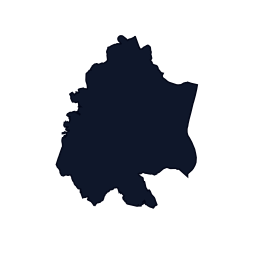 the district of Simian, Mehedinti, Romania, rotated 235°
{"feature_id": "2599482B5228411789707", "entity_name": "Simian", "entity_type": "district", "adm_level": 2, "iso_a3": "ROU", "parent_name": "Romania", "parent_adm1": "Mehedinti", "projection": "albers", "projection_center": [22.742, 44.63], "detail": "fine", "context": "isolated", "style": "filled", "palette": "ink", "viewbox_px": 256, "rotation_deg": 235, "n_neighbors": 0, "source": "geoboundaries", "source_scale": "gbopen_adm2", "svg_char_len": 5736}
<svg xmlns="http://www.w3.org/2000/svg" viewBox="0 0 256 256"><g transform="rotate(235 128 128)"><path d="M203.3,167.2L203.2,166.7L203.4,166.0L204.1,164.8L204.8,161.1L204.7,160.0L205.4,157.8L204.7,157.3L203.0,154.7L202.2,154.1L200.4,153.5L199.5,152.6L196.1,150.8L195.5,150.4L195.1,149.7L194.8,149.0L194.7,148.2L194.8,145.7L195.0,144.8L195.4,144.3L195.9,144.1L196.1,143.7L196.5,141.6L197.0,140.3L197.6,139.6L198.3,139.5L198.6,139.2L198.9,138.3L199.3,137.4L199.4,137.1L199.1,134.3L198.7,134.3L198.6,133.7L198.2,132.4L197.5,131.0L196.8,130.8L197.3,129.3L196.5,126.6L196.6,126.1L196.5,125.2L196.2,124.8L191.3,121.1L189.9,120.4L188.4,120.0L186.3,119.2L184.2,118.0L184.0,117.8L183.4,116.6L183.4,116.4L183.6,116.2L184.3,115.8L185.1,114.6L186.0,114.4L186.3,114.2L186.7,113.0L187.2,112.1L187.9,110.2L187.9,109.5L185.5,108.5L185.3,108.2L185.4,107.3L185.8,106.6L186.2,106.6L186.5,106.8L186.7,106.5L187.0,106.4L187.2,106.1L186.3,105.7L186.1,105.5L186.1,105.1L186.0,104.9L186.1,104.3L186.3,104.2L185.7,103.2L185.8,103.0L187.1,102.7L188.1,102.9L188.5,102.4L189.0,102.6L189.2,101.7L188.6,100.8L188.7,100.6L189.1,100.4L189.2,100.2L188.9,99.7L188.5,99.6L187.7,99.7L187.3,99.6L186.4,99.3L185.0,98.2L181.9,97.6L181.3,97.6L180.9,97.8L180.8,98.7L178.9,99.8L178.5,101.0L178.2,101.7L177.7,102.2L175.9,101.4L175.3,101.5L175.1,100.9L174.5,100.9L172.8,101.4L173.5,100.5L173.4,100.3L174.1,100.0L173.8,99.5L172.7,99.9L170.9,97.1L170.0,96.7L170.5,95.7L169.0,95.7L168.3,95.8L167.7,96.1L167.5,96.5L166.9,96.5L166.7,96.1L167.1,96.1L169.8,94.5L172.0,93.9L172.8,92.3L172.6,91.4L174.0,89.3L174.2,86.5L173.6,85.3L172.1,85.7L170.6,86.8L170.1,86.4L170.5,85.9L169.5,85.4L169.2,85.6L168.7,85.6L168.8,85.3L167.9,85.3L166.3,82.9L167.3,82.0L167.9,81.8L167.8,81.5L168.0,80.9L168.5,80.4L168.8,80.5L168.6,80.0L169.1,79.1L168.6,78.7L168.0,78.2L167.9,77.9L167.0,77.1L165.8,76.8L165.3,76.8L164.8,77.7L163.4,79.4L163.1,78.9L163.1,78.5L163.7,77.6L162.7,76.8L162.3,76.2L161.9,76.2L161.5,76.4L160.9,77.0L160.1,78.5L159.6,78.3L159.7,78.0L159.4,77.8L159.3,77.1L159.3,76.4L159.5,76.1L159.5,75.2L161.1,73.8L160.9,73.3L161.6,71.4L161.0,71.0L160.1,72.6L160.2,73.6L159.5,74.2L158.5,74.4L157.8,73.6L157.1,73.5L156.7,71.8L157.1,71.9L157.5,72.6L157.9,72.2L158.1,71.4L157.6,70.4L157.2,70.1L157.0,69.7L157.5,68.8L156.3,67.4L155.6,66.8L154.5,66.1L153.2,65.6L152.2,65.1L150.0,63.7L149.9,63.0L145.2,56.5L144.9,56.0L144.3,55.7L144.1,55.0L143.3,53.8L139.1,48.3L137.3,48.1L136.9,47.8L134.1,48.1L133.4,48.1L132.7,47.9L132.3,48.0L130.2,46.8L127.4,46.5L126.5,47.1L125.8,47.8L125.7,49.3L125.4,50.0L124.6,51.1L123.8,51.6L123.4,52.4L123.2,53.2L122.4,54.2L121.6,54.0L120.1,53.9L118.8,53.2L116.4,52.6L114.6,52.7L113.0,52.1L111.3,52.1L109.9,52.6L109.2,52.3L108.9,52.4L108.0,52.4L106.9,52.5L106.0,53.5L105.0,54.1L103.9,53.0L102.8,52.3L102.6,53.0L101.6,52.7L101.6,52.2L100.7,52.0L96.8,50.9L96.7,51.6L95.7,53.4L95.5,54.6L94.9,55.7L93.7,55.5L92.9,55.6L92.9,54.3L92.7,54.0L92.3,53.9L89.0,55.7L86.8,55.9L84.4,55.8L84.4,56.3L83.6,56.5L83.9,57.5L84.3,57.9L84.3,58.5L84.6,59.4L83.9,61.0L83.3,62.8L83.5,63.4L83.6,64.2L83.3,65.8L84.2,67.3L85.9,69.3L86.1,70.2L87.0,71.4L87.0,72.1L87.4,73.9L87.5,73.5L87.7,73.9L87.2,75.4L87.2,76.2L87.4,76.9L87.8,77.7L87.8,77.9L86.8,79.6L86.6,80.9L86.9,81.8L86.9,82.7L86.7,83.1L86.1,83.7L86.0,83.9L86.0,84.3L85.9,84.6L85.4,85.0L84.5,85.3L84.2,85.1L83.8,85.1L80.3,83.9L80.4,84.5L79.9,84.9L78.8,84.7L78.9,85.4L74.6,86.0L74.2,84.1L72.8,84.2L72.8,83.4L69.4,83.6L69.3,84.2L69.1,84.2L67.6,83.7L66.3,83.9L58.9,90.6L58.3,91.7L58.9,91.9L58.9,92.2L58.3,92.0L57.8,92.5L56.8,94.0L57.4,94.6L57.2,96.9L57.3,97.3L58.7,97.5L59.2,99.8L58.6,99.9L58.5,99.5L57.8,99.6L57.8,99.3L57.4,99.3L57.3,98.6L55.1,98.8L54.2,99.6L53.2,99.7L50.7,100.9L49.0,102.3L48.6,103.1L48.4,102.8L48.3,102.7L48.0,103.0L48.3,103.9L48.9,104.8L48.9,106.5L48.6,106.5L48.6,107.6L53.0,108.7L54.3,109.2L56.1,109.5L60.1,109.0L63.6,109.8L65.0,109.7L65.2,109.0L65.4,108.1L69.2,108.4L74.1,110.5L74.5,110.6L74.7,109.9L76.2,110.3L76.7,110.7L77.1,110.7L77.4,110.5L77.8,110.6L78.2,111.5L79.1,111.4L80.4,110.7L82.2,110.1L83.0,110.0L84.4,110.2L84.4,111.4L83.3,112.3L83.3,115.0L81.3,116.1L80.4,117.2L78.5,119.0L77.2,120.4L77.0,121.3L74.5,122.8L74.0,125.2L74.4,125.7L74.4,126.2L74.0,128.0L74.5,133.8L73.6,137.4L70.7,139.4L67.7,143.9L67.0,144.4L66.2,144.6L65.1,146.2L64.8,146.5L64.2,146.5L54.0,148.9L55.9,150.2L56.4,151.0L57.0,156.2L57.7,158.4L59.2,161.4L61.0,163.9L64.8,166.9L68.4,168.6L72.5,170.3L79.8,171.9L85.1,172.5L86.5,172.5L87.9,172.7L89.3,173.2L90.7,173.8L93.2,175.5L94.3,176.5L95.3,177.8L97.1,179.5L100.3,183.0L104.7,188.2L110.9,195.2L112.1,196.8L116.3,201.8L120.3,206.2L123.6,209.5L128.0,205.5L131.4,202.9L131.4,202.2L131.9,201.5L132.7,199.5L132.8,198.2L132.9,197.4L132.8,196.9L133.0,196.2L134.3,193.9L135.4,192.5L141.7,187.8L143.3,187.0L146.8,186.1L148.6,185.4L149.7,185.3L150.9,185.7L151.4,186.0L152.6,188.2L154.0,187.0L154.3,186.5L154.9,186.8L155.5,186.6L157.3,186.7L158.3,186.3L158.9,186.3L159.7,186.9L161.8,187.3L163.1,186.8L163.7,186.2L164.3,185.9L164.9,185.2L165.8,184.9L167.0,184.7L167.8,184.8L168.0,185.3L168.5,185.2L170.0,185.2L170.8,185.3L171.1,185.5L171.1,186.3L171.2,186.7L171.4,186.9L171.7,187.2L171.7,187.4L174.3,188.5L174.4,188.4L175.2,188.6L175.5,188.9L175.8,189.4L176.4,189.8L176.9,190.5L178.5,190.9L181.0,192.3L181.9,192.5L183.9,192.0L184.4,191.6L184.7,190.4L184.7,189.1L185.0,187.3L185.0,186.5L184.6,185.2L185.6,183.0L185.9,183.0L186.3,183.2L187.2,183.4L187.2,183.2L198.7,186.3L198.8,186.2L198.9,185.9L198.7,184.8L199.1,182.7L199.0,182.0L199.7,180.8L200.1,179.3L199.9,178.0L202.7,177.4L206.2,176.3L206.6,176.1L207.2,175.5L207.7,174.8L207.9,174.4L208.0,173.7L207.9,172.6L207.5,171.6L206.8,170.9L206.0,170.5L204.8,170.3L202.4,170.7L201.1,170.6L201.0,170.4L203.3,167.2Z" fill="#0f172a" stroke="#020617" stroke-width="1.5"/></g></svg>